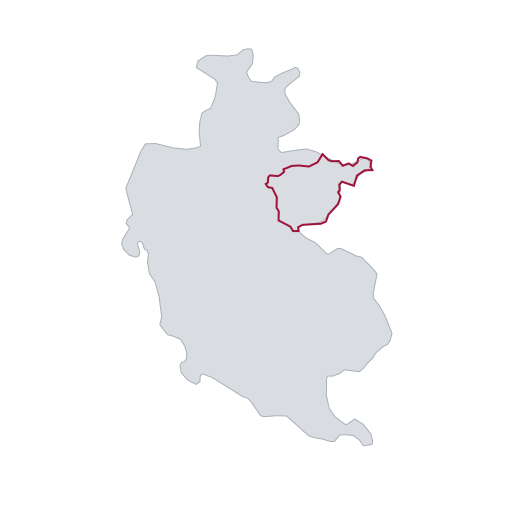 where Ticino sits in Switzerland, rotated 260°
{"feature_id": "CHE-168", "entity_name": "Ticino", "entity_type": "Canton", "adm_level": 1, "iso_a3": "CHE", "parent_name": "Switzerland", "parent_adm1": "", "projection": "orthographic", "projection_center": [8.86, 46.227], "detail": "coarse", "context": "in_parent", "style": "outline", "palette": "rose", "viewbox_px": 512, "rotation_deg": 260, "n_neighbors": 0, "source": "natural_earth", "source_scale": "10m", "svg_char_len": 3047}
<svg xmlns="http://www.w3.org/2000/svg" viewBox="0 0 512 512"><g transform="rotate(260 256 256)"><path d="M376.4,159.1L379.1,160.8L385.6,166.6L384.2,176.6L377.0,192.8L373.2,205.9L372.8,215.9L373.6,220.6L375.0,220.5L382.0,221.2L385.6,221.1L397.0,223.7L406.2,227.6L408.0,231.8L409.2,236.8L420.2,243.7L432.7,248.0L436.9,246.5L452.0,229.9L458.0,232.5L461.8,241.1L461.7,245.7L457.8,263.1L457.3,272.4L461.1,278.5L461.5,283.3L460.5,287.6L454.4,288.2L446.0,285.9L438.8,278.6L433.6,279.6L429.0,281.6L426.7,288.7L424.7,297.2L425.5,301.9L428.9,305.4L431.5,313.1L433.6,323.0L435.0,327.6L433.5,329.7L429.1,331.1L425.5,329.8L418.9,318.0L415.9,313.5L410.8,312.7L402.0,315.7L388.4,322.6L382.9,322.6L378.2,321.3L373.8,315.7L370.0,304.8L368.7,297.9L366.1,298.1L357.4,296.2L353.4,299.0L353.4,310.1L352.7,324.1L348.3,333.1L336.2,348.7L331.7,355.5L329.9,360.4L329.5,364.6L331.4,371.9L334.0,378.9L331.9,382.9L325.4,385.0L320.8,380.7L319.0,373.2L309.1,362.9L313.6,354.2L312.8,352.1L296.5,347.6L289.5,341.0L279.7,329.5L277.9,324.6L278.4,308.6L277.8,304.7L276.5,302.8L271.8,302.9L265.1,308.4L258.9,316.7L246.3,325.9L245.0,327.9L249.1,337.0L248.9,340.6L238.5,355.0L236.5,359.8L223.3,368.8L217.3,372.1L199.3,365.1L194.3,364.2L186.2,368.6L174.7,372.7L156.2,376.5L149.4,373.3L146.3,370.3L144.8,365.8L140.3,357.9L135.2,353.2L131.7,348.1L127.0,342.5L124.1,337.8L128.6,323.3L125.7,318.0L124.4,310.6L125.3,305.7L123.7,304.4L107.2,301.1L93.5,301.6L83.5,306.2L75.3,314.0L74.2,315.8L74.7,317.2L78.4,324.9L71.4,332.5L60.8,338.3L53.4,338.7L50.2,337.4L50.4,328.9L56.6,326.0L62.3,320.7L64.4,313.0L65.2,307.6L59.7,300.8L60.5,296.8L64.4,289.2L66.7,282.5L69.7,276.7L81.4,267.5L93.1,258.3L95.2,248.1L96.4,235.6L98.1,232.7L113.7,225.7L117.6,222.9L119.6,218.7L132.0,205.0L144.2,191.5L146.7,186.9L148.8,184.2L148.8,182.0L147.4,180.2L141.8,178.9L140.0,174.4L146.3,166.7L154.1,162.1L161.5,162.2L164.4,164.5L164.2,167.1L167.4,169.9L173.0,171.0L180.0,170.1L187.0,167.3L191.4,160.4L193.9,155.2L204.9,149.3L212.2,152.5L232.8,153.5L247.8,152.1L257.2,148.0L268.9,148.1L276.7,150.5L278.0,150.2L280.2,149.6L282.3,147.4L289.7,146.0L290.7,144.1L290.4,142.3L289.1,141.3L280.0,142.2L276.6,140.8L275.7,137.4L278.7,131.6L285.3,126.9L290.9,125.8L295.0,127.1L304.9,135.9L307.2,136.2L308.6,134.6L310.7,133.7L314.1,135.4L317.9,140.9L318.6,141.7L340.7,139.8L345.6,139.7L360.7,149.2L376.4,159.1Z" fill="#d9dde1" stroke="#a8b0b8" stroke-width="1"/><path d="M304.6,347.9L299.8,349.6L292.8,345.9L284.4,334.6L277.8,330.9L276.5,325.5L278.6,307.3L277.0,302.5L273.2,302.2L274.1,296.8L278.9,295.0L287.1,284.4L296.2,286.2L300.0,284.6L310.1,286.7L320.2,283.8L321.7,279.7L325.2,278.1L326.3,280.4L331.5,281.8L333.0,283.6L330.9,291.3L331.5,293.8L334.0,298.3L336.6,298.1L338.5,306.9L337.7,313.9L334.9,323.7L337.6,332.9L344.7,339.2L338.0,343.9L336.3,346.5L335.1,354.1L329.8,357.1L331.1,363.3L327.8,367.1L330.6,372.1L334.4,373.6L335.5,375.8L332.8,382.6L329.9,386.2L324.1,384.3L320.4,385.5L321.5,377.9L317.7,369.4L308.1,364.6L314.3,353.5L311.9,350.4L306.2,349.8L304.6,347.9Z" fill="none" stroke="#9f1239" stroke-width="2"/></g></svg>